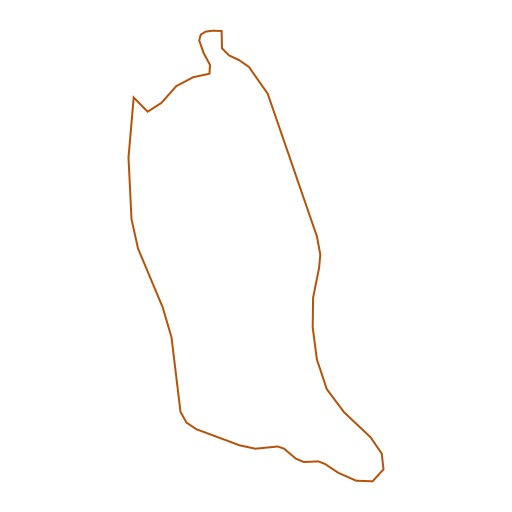 SVG path tracing the border of Temburong
{"feature_id": "BRN-1183", "entity_name": "Temburong", "entity_type": "District", "adm_level": 1, "iso_a3": "BRN", "parent_name": "Brunei", "parent_adm1": "", "projection": "orthographic", "projection_center": [115.184, 4.611], "detail": "fine", "context": "isolated", "style": "outline", "palette": "amber", "viewbox_px": 512, "rotation_deg": 0, "n_neighbors": 0, "source": "natural_earth", "source_scale": "10m", "svg_char_len": 709}
<svg xmlns="http://www.w3.org/2000/svg" viewBox="0 0 512 512"><path d="M221.6,31.0L222.0,48.3L229.0,55.4L239.0,60.1L248.8,66.8L267.7,93.7L317.0,236.7L320.3,254.7L319.1,267.8L313.1,297.7L312.7,327.5L316.9,359.5L326.8,389.2L344.2,412.4L370.7,437.4L381.7,453.6L383.5,469.3L372.6,481.3L356.1,480.7L338.6,473.0L324.9,463.9L318.3,461.4L303.8,462.0L295.9,458.7L284.1,448.7L277.8,446.5L255.3,448.7L239.5,445.3L196.5,429.3L186.5,422.6L180.5,411.9L171.5,337.3L162.7,307.4L138.0,248.5L131.5,219.1L128.5,157.5L133.7,97.5L147.6,111.7L161.4,102.9L176.3,86.1L193.2,77.2L209.5,73.7L210.0,64.9L203.6,53.0L199.2,40.4L200.8,34.6L205.7,31.6L212.8,30.7L221.3,31.0L221.6,31.0Z" fill="none" stroke="#b45309" stroke-width="2"/></svg>